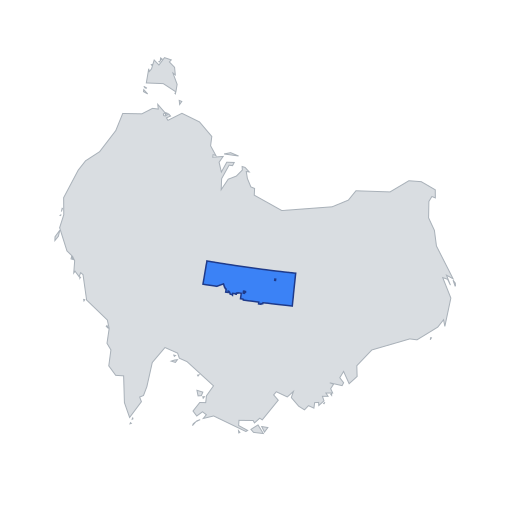 location of MacDonnell, Northern Territory, Australia, rotated 188°
{"feature_id": "25037944B32264354424251", "entity_name": "MacDonnell", "entity_type": "district", "adm_level": 2, "iso_a3": "AUS", "parent_name": "Australia", "parent_adm1": "Northern Territory", "projection": "albers", "projection_center": [133.822, -24.426], "detail": "fine", "context": "in_parent", "style": "filled", "palette": "blue", "viewbox_px": 512, "rotation_deg": 188, "n_neighbors": 0, "source": "geoboundaries", "source_scale": "gbopen_adm2", "svg_char_len": 7323}
<svg xmlns="http://www.w3.org/2000/svg" viewBox="0 0 512 512"><g transform="rotate(188 256 256)"><path d="M365.9,92.5L370.4,118.9L378.3,118.3L386.5,126.7L386.6,142.8L391.4,148.8L391.3,163.8L394.3,171.9L417.6,188.8L424.7,213.5L427.3,215.1L428.3,210.9L433.1,215.8L434.1,213.8L434.9,226.1L437.6,230.1L443.9,234.7L454.4,256.7L452.1,270.1L454.6,287.0L444.0,316.3L438.0,326.6L425.4,337.5L412.3,360.7L407.8,378.6L388.8,380.9L379.0,387.8L373.2,387.9L374.4,392.5L366.0,385.2L367.5,383.8L367.0,382.2L365.4,382.0L362.2,384.5L360.1,382.7L363.9,380.3L362.1,378.1L349.2,387.0L330.6,380.9L316.4,368.2L316.3,358.8L309.7,349.9L312.6,350.4L312.6,347.8L302.4,350.0L305.6,343.7L302.0,334.3L298.0,344.8L290.6,345.6L291.8,342.2L295.3,342.2L300.8,327.8L299.7,316.8L294.2,328.2L286.6,332.4L281.5,339.2L282.2,342.7L279.2,342.2L274.4,338.3L277.4,338.3L275.3,331.5L270.7,323.7L266.8,322.7L266.2,316.0L236.8,304.6L187.5,315.3L172.3,324.2L166.1,334.5L132.2,338.1L115.1,351.8L102.7,352.6L87.7,346.5L86.5,338.5L90.1,339.4L92.4,334.1L90.4,317.8L82.9,306.2L78.7,291.0L57.7,260.9L64.7,263.5L59.4,254.2L63.0,259.6L68.1,260.6L57.2,241.5L59.2,212.6L61.4,219.0L66.1,210.9L84.9,195.4L92.2,195.3L128.2,179.1L140.9,161.4L139.1,150.8L146.0,142.5L153.2,153.9L156.1,147.1L151.6,142.7L152.7,139.6L165.3,140.7L161.3,139.9L163.6,135.0L161.0,131.0L167.7,130.0L165.1,127.1L170.7,126.3L168.5,122.0L173.0,116.7L173.6,119.7L177.5,119.0L177.5,113.4L183.2,115.1L186.6,110.4L192.8,113.2L201.3,120.7L200.1,127.1L205.4,120.8L217.0,124.4L219.2,120.9L213.9,116.3L227.0,94.6L229.7,95.9L234.3,90.5L235.9,92.7L250.0,90.9L249.6,85.7L240.0,82.1L241.6,80.8L275.7,91.7L285.6,87.8L283.1,91.9L287.3,94.3L292.4,89.3L296.8,93.7L291.3,103.1L285.4,103.8L285.6,110.7L280.0,121.5L309.6,141.8L317.7,144.1L320.1,148.9L333.4,152.7L343.9,136.1L345.9,111.4L348.0,102.2L351.6,100.1L349.2,95.8L358.7,78.5L365.9,92.5ZM358.2,407.4L371.8,413.8L388.7,412.1L388.3,426.5L387.4,423.8L385.5,426.7L384.1,435.9L378.7,431.6L374.2,439.7L367.2,438.4L368.8,436.1L362.9,431.5L361.1,424.1L363.7,425.6L358.0,415.0L358.2,407.4ZM224.0,81.2L233.9,81.0L236.9,83.6L230.5,89.0L224.0,81.2ZM287.2,352.6L301.8,352.6L295.5,354.8L287.2,352.6ZM293.9,109.4L295.8,114.8L289.7,113.8L290.7,110.1L293.9,109.4ZM453.9,254.2L454.4,248.1L457.3,243.3L457.7,247.1L453.9,254.2ZM385.8,401.4L390.3,403.1L390.3,405.1L385.8,401.4ZM223.1,82.8L226.6,87.9L220.4,87.8L223.1,82.8ZM353.7,399.4L351.0,398.7L352.7,395.4L353.7,399.4ZM325.3,140.1L322.3,141.6L319.4,142.4L321.0,139.4L325.3,140.1ZM57.5,259.5L54.9,256.9L54.3,254.2L54.7,254.0L57.5,259.5ZM389.1,406.9L390.7,408.4L387.4,407.0L389.1,406.9ZM436.7,227.1L438.8,227.4L438.5,230.1L436.7,227.1ZM392.0,163.7L394.5,165.5L393.9,166.4L392.0,163.7ZM378.0,436.6L378.0,438.9L376.4,438.0L378.0,436.6ZM454.9,272.9L454.6,276.3L454.3,276.2L454.9,272.9ZM249.0,80.6L247.4,79.1L248.4,78.4L249.0,80.6ZM294.8,81.1L292.4,83.7L295.3,79.2L294.8,81.1ZM455.7,268.9L454.6,269.9L455.4,268.8L455.7,268.9ZM297.3,129.9L295.9,130.4L296.7,129.1L297.3,129.9ZM289.1,109.2L287.5,109.5L288.5,107.8L289.1,109.2ZM71.8,197.3L71.6,199.5L70.9,199.4L71.8,197.3ZM355.9,77.1L355.7,78.9L355.2,77.6L355.9,77.1ZM365.3,382.8L365.6,384.0L365.1,383.6L365.3,382.8ZM291.7,84.5L288.5,86.2L291.8,84.0L291.7,84.5ZM168.5,119.4L167.4,120.7L168.1,119.2L168.5,119.4ZM379.2,435.0L378.3,435.4L378.8,434.6L379.2,435.0ZM323.6,146.4L321.9,146.3L322.9,145.3L323.6,146.4ZM162.7,129.4L161.9,130.2L161.7,128.5L162.7,129.4ZM386.3,430.9L385.0,431.4L385.5,430.2L386.3,430.9ZM357.4,72.3L357.1,73.5L356.2,72.9L357.4,72.3ZM364.5,384.3L365.6,385.4L363.6,385.0L364.5,384.3ZM420.6,189.0L419.5,188.9L420.1,187.6L420.6,189.0ZM427.4,210.6L426.8,210.5L427.3,209.5L427.4,210.6ZM358.9,405.7L358.5,406.6L358.3,405.4L358.9,405.7Z" fill="#d9dde1" stroke="#a8b0b8" stroke-width="1"/><path d="M304.6,220.7L301.4,220.6L298.2,220.6L294.9,220.6L292.9,220.6L290.6,220.5L287.7,222.1L284.8,223.6L284.3,223.9L284.2,223.8L284.2,223.7L284.1,223.4L284.0,223.2L283.9,222.9L283.8,222.7L283.7,222.7L283.6,222.4L283.5,222.2L283.4,222.1L283.4,221.9L283.3,221.7L283.2,221.6L283.1,221.4L282.9,221.2L282.9,220.9L282.7,220.8L282.7,220.7L282.4,220.5L282.3,220.4L282.3,220.2L282.2,220.1L282.2,219.9L282.0,219.7L281.9,219.6L281.8,219.4L281.7,219.4L281.6,219.2L281.4,219.1L281.2,219.0L280.9,219.0L281.0,216.0L279.9,216.0L279.7,216.0L278.5,216.0L278.6,217.4L278.2,217.3L277.9,217.2L277.7,217.0L277.6,216.9L277.4,216.8L277.2,216.6L277.0,216.1L276.9,216.0L276.9,215.9L276.8,215.7L276.7,215.6L276.6,215.4L276.4,215.1L276.3,214.9L276.3,214.7L275.6,214.6L274.8,214.6L273.8,213.9L273.8,215.8L273.0,215.8L271.9,215.8L271.5,215.8L271.4,215.8L271.4,215.7L270.9,215.5L270.9,215.4L270.2,215.4L270.2,216.2L270.2,216.6L268.8,216.6L268.6,216.7L268.6,216.8L268.6,217.1L267.7,217.1L267.4,217.1L265.4,217.0L265.4,213.9L265.4,213.3L265.4,213.2L265.4,211.5L262.9,211.5L262.4,210.9L262.4,210.6L261.8,210.6L261.4,210.6L260.1,210.6L259.2,210.6L257.3,210.6L254.3,210.7L253.7,210.7L252.1,210.7L251.0,210.7L250.8,210.7L250.1,210.7L246.8,210.7L246.8,208.9L244.4,208.9L244.4,209.6L242.7,209.6L242.6,210.7L239.3,210.8L238.4,210.9L235.1,210.9L233.6,210.9L230.3,211.0L229.5,211.0L226.5,211.1L223.5,211.2L217.6,211.4L213.1,211.5L213.3,216.2L213.4,220.4L213.6,223.9L214.3,244.5L215.6,244.4L216.4,244.4L217.3,244.4L217.5,244.4L218.1,244.4L218.4,244.4L218.5,244.4L219.5,244.3L220.2,244.3L220.3,244.3L220.5,244.3L220.8,244.3L221.5,244.3L222.5,244.2L223.2,244.2L225.8,244.1L226.0,244.1L226.4,244.1L226.5,244.1L227.3,244.1L227.7,244.1L227.8,244.1L228.3,244.1L229.2,244.1L231.5,244.0L234.3,243.9L234.5,243.9L240.4,243.8L240.6,243.8L240.8,243.8L243.5,243.8L244.4,243.8L244.6,243.8L247.5,243.7L247.8,243.7L248.0,243.7L248.3,243.7L249.1,243.7L254.0,243.7L254.8,243.7L255.0,243.7L257.1,243.7L259.1,243.7L259.6,243.7L260.2,243.7L260.3,243.7L260.6,243.7L260.8,243.7L261.3,243.7L261.7,243.7L262.0,243.7L262.3,243.7L262.7,243.7L262.9,243.7L263.0,243.7L265.1,243.7L265.6,243.7L265.8,243.7L266.0,243.7L266.3,243.7L266.5,243.7L267.9,243.7L268.1,243.7L268.3,243.7L268.5,243.7L268.8,243.7L269.0,243.7L269.3,243.7L269.6,243.7L270.1,243.7L270.5,243.7L270.9,243.7L271.0,243.7L271.5,243.7L271.8,243.7L272.0,243.7L272.3,243.7L272.5,243.7L273.3,243.7L273.6,243.7L273.9,243.7L274.1,243.7L274.4,243.7L275.7,243.7L278.7,243.8L279.0,243.8L279.3,243.8L279.8,243.8L280.0,243.8L280.3,243.8L281.6,243.8L281.9,243.8L282.1,243.8L284.0,243.8L284.8,243.8L285.6,243.9L286.5,243.9L288.9,243.9L289.0,243.9L289.8,243.9L290.6,243.9L293.1,244.0L294.0,244.0L294.8,244.0L295.6,244.0L296.4,244.1L298.1,244.1L299.0,244.1L299.8,244.1L300.6,244.2L301.4,244.2L303.1,244.2L303.9,244.3L303.9,243.3L303.9,243.0L304.1,239.3L304.1,237.8L304.2,234.8L304.3,231.4L304.4,226.4L304.5,225.0L304.5,224.1L304.6,221.9L304.6,221.7L304.6,220.7ZM262.2,218.1L262.2,217.8L262.2,217.7L262.2,217.4L262.5,217.4L262.8,217.4L263.2,217.4L263.3,217.4L263.3,217.8L263.5,217.8L263.5,218.0L263.5,218.4L263.5,218.6L263.5,218.8L263.3,218.8L263.3,219.0L263.5,219.1L263.5,219.5L263.3,219.6L263.1,219.6L262.9,219.6L262.9,219.4L262.8,219.2L262.6,219.4L262.3,219.4L262.1,219.4L261.9,219.4L261.6,219.4L261.6,219.2L261.3,219.0L261.3,218.7L261.5,218.6L261.9,218.5L262.2,218.5L262.2,218.3L262.2,218.1L262.2,218.1ZM233.3,235.8L233.3,235.5L233.3,235.2L233.3,234.8L233.3,234.5L233.6,234.5L233.9,234.5L234.1,234.5L234.1,235.3L234.1,235.5L234.1,235.8L233.7,235.8L233.3,235.8Z" fill="#3b82f6" stroke="#1e3a8a" stroke-width="1.5"/></g></svg>